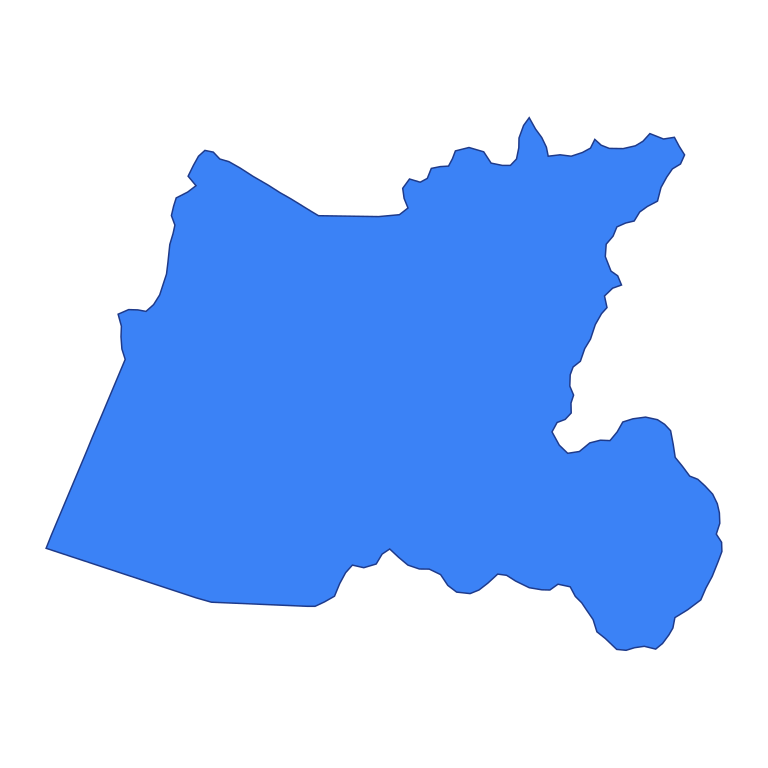 Muqui, Espírito Santo, Brazil (Mercator projection)
{"feature_id": "56859067B48645623438515", "entity_name": "Muqui", "entity_type": "district", "adm_level": 2, "iso_a3": "BRA", "parent_name": "Brazil", "parent_adm1": "Espírito Santo", "projection": "mercator", "projection_center": [-41.312, -20.933], "detail": "fine", "context": "isolated", "style": "filled", "palette": "blue", "viewbox_px": 768, "rotation_deg": 0, "n_neighbors": 0, "source": "geoboundaries", "source_scale": "gbopen_adm2", "svg_char_len": 2466}
<svg xmlns="http://www.w3.org/2000/svg" viewBox="0 0 768 768"><path d="M657.5,201.1L661.0,187.5L666.8,177.0L672.4,168.9L680.5,164.0L684.6,154.9L679.2,146.3L674.4,137.3L663.5,139.0L649.9,133.6L643.0,141.2L635.4,145.8L623.2,148.6L609.3,148.4L601.2,145.2L594.8,139.4L590.5,148.1L582.4,152.5L571.2,156.2L560.1,154.8L548.2,156.2L546.4,147.2L541.8,137.6L535.5,129.0L529.2,117.7L523.6,125.4L519.0,138.0L518.8,147.7L516.5,159.0L510.4,165.4L502.3,165.4L491.1,163.1L483.7,151.8L469.0,147.5L455.4,150.9L452.4,158.8L448.5,166.1L440.2,166.6L431.3,168.4L427.3,178.4L420.2,182.2L409.5,179.0L402.7,188.3L404.1,198.4L408.0,208.0L399.4,214.7L378.6,216.6L318.5,215.7L310.8,211.1L291.0,198.9L279.9,192.6L268.5,185.3L252.8,176.2L240.1,168.0L229.0,161.7L219.8,159.0L213.3,152.1L204.9,150.4L198.5,156.2L193.4,165.4L188.1,176.2L196.0,185.7L187.6,192.1L176.2,197.9L173.6,206.2L171.4,215.6L174.9,225.1L173.1,233.4L169.8,244.5L167.9,262.7L166.5,274.1L163.5,283.2L159.7,294.9L153.6,304.6L146.0,311.4L137.9,309.9L128.6,309.6L118.1,314.2L121.4,326.2L121.0,336.8L121.9,349.0L125.2,359.4L102.1,414.4L92.3,437.4L87.5,449.2L83.7,458.3L64.2,504.6L51.2,535.5L46.1,548.3L196.0,597.8L211.4,602.2L307.1,606.3L315.1,606.3L324.5,601.9L334.5,596.2L339.7,583.6L345.6,572.7L352.4,565.1L363.8,567.7L376.2,564.0L382.1,554.1L389.7,549.0L398.6,557.3L407.9,565.1L419.4,569.0L429.2,569.1L440.6,574.6L447.8,585.4L456.6,592.1L470.1,593.6L479.0,590.0L487.9,583.1L497.7,574.1L506.6,575.3L515.5,581.0L529.2,587.7L541.8,589.8L549.9,590.0L558.0,584.2L570.2,586.8L575.3,596.4L581.7,602.8L586.4,609.8L593.1,619.6L596.9,631.8L605.3,638.5L616.7,649.4L626.1,650.3L634.6,647.7L644.3,646.3L655.7,649.1L662.6,643.4L668.9,634.9L672.9,628.0L674.9,617.6L687.6,609.8L700.8,599.9L705.9,588.1L712.2,576.4L718.1,561.7L721.9,551.5L721.6,542.3L716.3,534.1L719.8,523.3L719.4,512.9L717.3,503.7L712.7,494.2L705.1,486.0L697.8,479.3L689.7,476.1L682.5,466.4L675.2,457.4L673.2,444.3L670.6,430.7L664.6,424.3L657.5,419.7L645.6,417.1L632.9,418.8L622.8,422.0L617.2,431.9L610.0,440.6L600.4,440.2L589.8,442.9L579.4,451.5L567.7,453.3L559.3,445.2L552.0,431.9L557.1,422.5L565.2,419.4L571.2,413.0L571.0,403.1L573.6,395.1L569.8,386.1L570.2,374.8L573.1,367.0L580.4,361.2L584.7,348.7L590.5,339.1L595.3,324.6L601.5,313.7L607.0,307.6L604.5,296.0L612.6,288.2L621.5,285.0L617.7,275.8L611.0,271.1L605.3,256.6L606.2,244.2L613.1,236.1L616.9,226.9L625.7,223.0L634.2,221.0L639.7,212.0L647.3,206.5L657.5,201.1Z" fill="#3b82f6" stroke="#1e3a8a" stroke-width="1.5"/></svg>